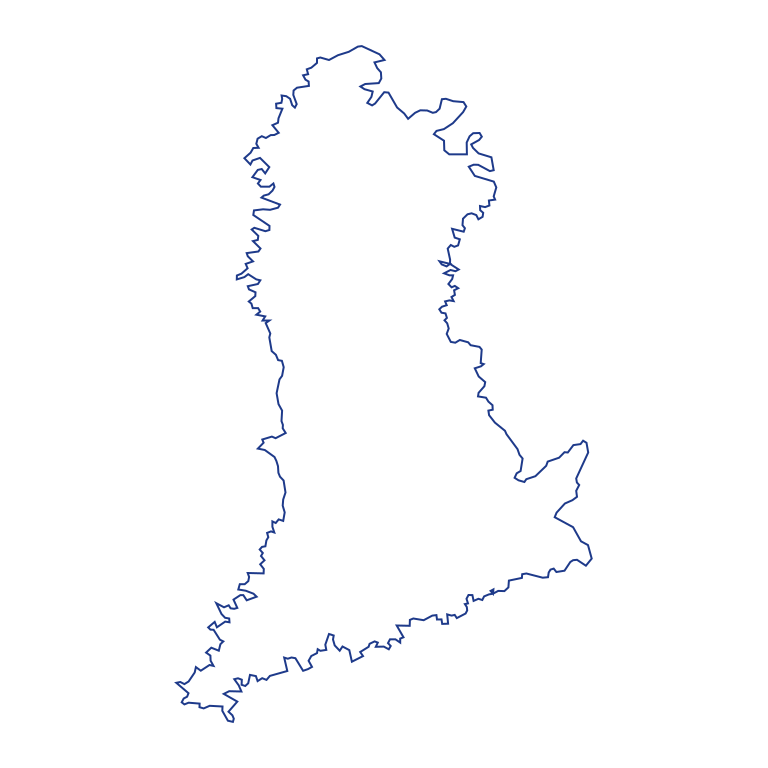 the district of Guaraniaçu, Paraná, Brazil
{"feature_id": "56859067B51111314170692", "entity_name": "Guaraniaçu", "entity_type": "district", "adm_level": 2, "iso_a3": "BRA", "parent_name": "Brazil", "parent_adm1": "Paraná", "projection": "mercator", "projection_center": [-52.873, -25.047], "detail": "fine", "context": "isolated", "style": "outline", "palette": "blue", "viewbox_px": 768, "rotation_deg": 0, "n_neighbors": 0, "source": "geoboundaries", "source_scale": "gbopen_adm2", "svg_char_len": 6090}
<svg xmlns="http://www.w3.org/2000/svg" viewBox="0 0 768 768"><path d="M379.5,54.3L361.8,46.1L357.9,46.6L348.8,51.8L338.0,55.2L329.0,60.0L320.3,57.5L317.0,58.4L317.0,62.9L311.3,67.7L306.8,69.3L308.1,74.2L303.1,75.3L305.5,79.7L308.6,81.5L308.9,85.9L297.0,87.7L293.6,90.5L293.3,94.9L296.7,104.1L294.9,107.6L292.2,105.2L290.1,98.8L286.3,96.2L281.6,95.5L282.2,99.0L281.4,102.8L276.1,103.7L276.4,108.1L282.4,108.7L278.5,118.3L278.0,122.7L272.4,125.2L278.7,132.8L274.3,135.0L270.7,135.1L265.9,138.0L261.8,136.2L257.6,138.7L256.3,143.8L258.6,147.8L253.3,148.0L250.6,152.7L244.4,158.2L250.4,164.5L252.5,160.5L260.0,157.9L269.3,167.1L265.2,173.4L261.7,169.0L257.8,169.9L252.4,177.2L260.5,180.0L257.9,183.5L260.9,186.7L269.4,186.7L273.4,183.5L274.5,186.9L272.5,190.6L268.6,194.3L263.8,195.6L261.5,197.6L280.0,204.6L278.0,207.7L270.1,209.8L263.1,209.3L254.0,210.4L253.3,215.0L269.5,225.9L269.4,230.0L265.4,231.2L254.3,227.8L251.7,229.5L258.3,235.9L257.8,239.9L253.0,241.1L260.5,248.5L258.4,251.5L246.7,253.1L247.8,256.3L253.0,261.4L245.7,263.9L247.6,268.3L241.4,273.7L236.9,275.5L236.8,279.4L244.4,277.1L248.2,274.2L256.3,279.4L260.3,280.3L257.9,284.0L247.8,286.2L249.0,289.4L255.5,292.3L255.3,296.1L248.8,301.5L251.4,303.6L252.7,308.1L258.1,308.1L260.2,311.6L256.4,314.7L265.2,316.4L262.6,320.5L269.4,320.5L265.7,323.1L270.3,333.5L269.3,337.4L271.7,351.1L275.9,354.8L278.1,360.1L281.9,360.8L283.7,367.2L282.1,375.8L279.5,379.4L276.6,393.2L278.5,404.1L282.1,410.6L281.5,421.1L282.9,424.9L282.7,428.3L285.7,433.0L275.6,438.2L271.9,436.6L262.3,439.5L263.6,442.7L257.9,448.6L264.8,450.0L274.5,457.0L276.4,461.0L278.0,466.2L278.4,472.8L280.0,476.7L283.6,480.5L285.5,492.5L283.2,499.5L282.7,505.6L284.7,512.4L283.2,520.9L278.7,519.4L275.7,523.0L272.4,521.4L272.4,526.8L274.3,532.5L271.0,531.4L267.1,532.9L268.3,537.2L266.4,540.4L265.4,546.3L262.0,546.9L259.7,549.5L262.8,553.0L261.0,556.0L264.5,560.3L260.2,564.3L263.8,568.9L263.6,573.4L247.7,573.0L249.1,576.9L248.3,581.1L244.7,584.2L239.8,584.2L238.3,589.5L245.7,590.7L253.5,593.7L256.6,596.7L246.7,600.3L243.3,595.1L240.4,595.1L233.5,599.6L237.3,607.9L234.2,608.8L230.6,608.3L228.7,605.3L224.0,607.3L216.3,603.2L221.5,614.0L225.1,617.8L229.2,618.5L229.5,622.3L225.2,621.6L216.9,627.3L214.7,621.9L208.2,627.4L210.4,629.6L213.6,629.8L219.9,639.7L223.3,641.4L220.4,644.2L218.8,650.7L211.3,647.7L206.1,652.6L210.4,655.6L210.6,660.7L213.5,665.9L209.5,665.0L200.8,670.7L195.9,667.1L194.7,672.5L188.6,681.5L184.4,684.1L180.3,682.0L176.3,682.8L188.5,693.2L187.1,696.7L183.7,698.5L181.7,702.3L184.4,704.4L188.6,702.7L199.6,703.6L199.5,707.2L203.7,708.4L209.7,705.8L222.5,706.5L222.3,710.8L227.9,720.7L232.9,721.9L233.8,718.7L232.4,715.3L228.5,711.7L237.3,701.6L223.8,693.9L229.2,691.2L241.4,691.5L238.7,685.3L234.3,679.2L238.0,678.3L241.8,679.7L241.6,684.8L245.2,686.0L248.2,683.3L250.0,674.9L255.9,676.1L257.6,681.1L262.2,678.2L266.5,679.9L269.9,675.9L287.3,671.0L284.2,657.6L287.8,658.7L291.5,657.5L295.4,658.2L303.1,670.8L308.0,669.1L312.0,666.9L308.6,660.8L311.3,656.0L317.0,653.1L317.7,649.2L320.4,650.8L326.3,649.9L325.3,644.7L329.0,634.0L333.7,635.5L333.0,639.5L334.7,645.4L339.7,650.7L342.5,646.5L349.3,650.1L351.9,661.7L363.0,656.1L360.2,652.0L368.6,646.8L369.6,643.8L374.6,641.4L377.8,642.6L375.8,646.8L383.8,646.6L388.8,649.3L390.7,646.0L388.0,643.1L390.0,639.3L395.4,639.3L400.2,642.6L400.2,638.6L403.5,637.3L396.7,625.5L409.7,625.8L409.9,619.9L413.3,618.5L423.7,620.2L432.3,615.6L436.4,615.1L437.0,619.5L441.5,619.4L442.2,623.9L448.1,623.7L447.2,614.4L451.6,615.6L454.7,614.9L456.8,618.1L465.6,613.5L467.2,610.4L466.8,607.0L464.9,604.1L468.0,603.4L466.5,598.8L468.5,595.0L472.4,595.1L473.6,600.9L478.4,598.8L482.3,600.0L484.1,596.4L488.9,594.4L493.0,593.7L498.2,590.9L504.4,591.1L508.4,587.4L508.9,580.6L521.9,577.9L522.2,574.2L526.4,573.5L542.7,577.7L548.0,577.2L548.7,572.5L550.5,569.6L553.7,568.6L556.4,572.0L564.5,570.7L570.3,562.0L573.1,560.2L577.0,559.8L585.9,565.7L591.7,558.6L588.0,545.1L581.0,541.3L573.1,527.2L554.7,517.2L556.6,512.6L564.9,503.5L572.4,500.2L577.0,496.8L576.2,490.8L579.2,485.0L576.9,482.5L576.2,478.5L588.2,452.5L586.5,442.8L583.1,440.7L580.5,444.1L573.4,445.1L567.8,452.5L564.5,452.2L559.1,457.7L547.7,461.6L546.2,465.8L535.4,476.2L526.3,479.2L524.4,482.0L518.5,480.3L514.6,477.8L516.7,473.3L520.6,471.0L522.6,458.5L519.5,454.8L517.5,449.1L506.5,434.2L505.0,430.8L494.9,422.6L489.1,415.2L488.4,410.6L492.7,409.7L492.5,405.2L488.4,401.6L486.0,397.7L478.0,396.4L478.6,392.8L484.4,386.2L485.2,382.1L478.7,376.5L474.8,368.3L481.0,366.3L483.7,364.1L480.7,363.1L481.7,349.6L479.5,346.9L470.6,345.2L468.2,342.3L459.8,340.0L455.3,342.7L450.8,341.9L446.7,333.9L448.7,328.5L447.2,323.3L444.5,320.3L446.9,317.9L445.5,313.4L441.5,312.7L439.3,309.3L442.0,306.7L446.7,305.2L445.1,301.4L449.4,300.4L453.6,301.1L451.5,297.0L454.9,294.9L454.1,290.3L458.2,288.2L454.8,285.9L451.6,287.3L448.4,284.0L452.2,279.0L453.1,275.3L449.4,275.3L444.1,273.3L450.5,270.0L455.5,271.2L458.7,269.5L450.0,263.9L450.1,259.6L447.7,248.6L450.8,245.0L454.3,246.8L458.1,245.4L459.8,239.3L454.7,237.6L452.1,228.8L463.7,231.7L464.9,228.2L462.5,225.2L463.0,218.7L467.5,214.3L471.6,213.3L476.3,215.1L478.4,219.3L482.6,216.8L483.2,212.8L480.2,210.2L480.0,206.0L485.1,207.1L489.4,205.5L488.9,200.5L495.1,199.6L493.7,196.4L496.3,187.4L493.8,181.6L474.8,175.9L468.8,166.7L473.7,164.7L478.2,164.8L489.9,171.1L493.7,170.2L491.4,157.3L478.6,153.4L473.0,147.9L471.2,144.4L479.1,140.0L481.8,136.7L479.6,133.0L473.2,133.2L469.6,136.3L466.7,142.5L466.9,154.3L449.2,154.3L444.3,150.3L444.0,140.7L433.9,134.2L436.5,130.9L443.9,129.1L452.9,123.2L463.1,112.1L466.3,106.5L463.5,102.1L453.2,101.2L445.9,98.8L441.9,99.2L439.6,108.7L436.0,112.1L432.8,112.8L427.2,110.5L420.3,110.3L415.1,112.8L408.1,118.8L404.2,113.5L397.1,107.5L388.5,92.6L384.2,92.2L375.1,103.5L372.1,105.4L367.3,102.9L371.4,96.9L372.7,91.5L364.5,89.2L360.4,86.5L365.2,84.0L378.8,83.1L381.3,78.5L380.9,72.3L377.2,68.1L374.5,62.4L384.5,60.0L379.5,54.3ZM450.0,263.9L446.6,266.4L441.7,264.4L439.5,261.3L450.0,263.9ZM493.0,593.7L490.6,590.9L493.4,589.4L493.0,593.7Z" fill="none" stroke="#1e3a8a" stroke-width="2"/></svg>